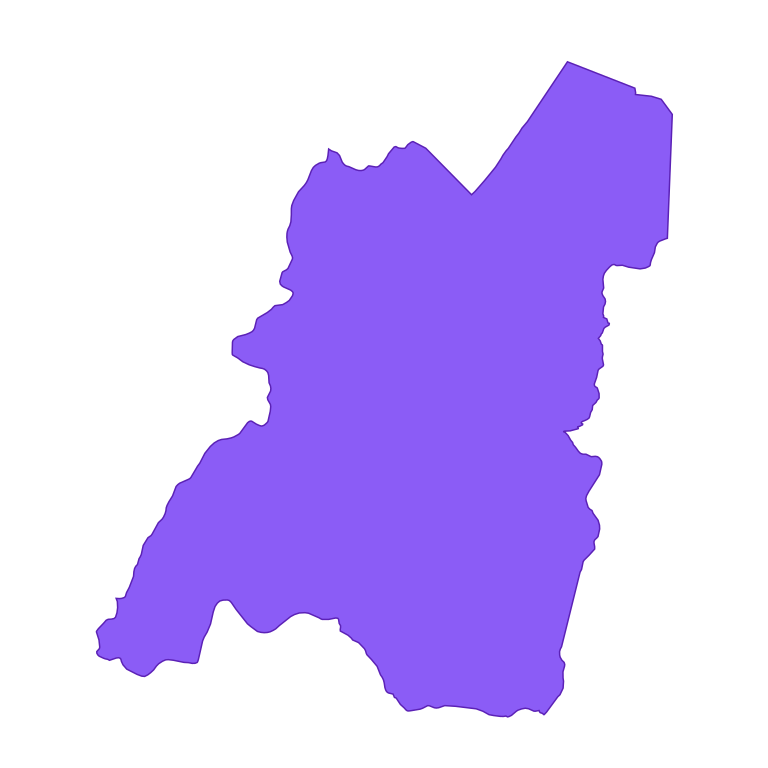 outline of Sulaco, Yoro, Honduras, rotated 92°
{"feature_id": "27666195B65323297642251", "entity_name": "Sulaco", "entity_type": "district", "adm_level": 2, "iso_a3": "HND", "parent_name": "Honduras", "parent_adm1": "Yoro", "projection": "orthographic", "projection_center": [-87.263, 14.959], "detail": "fine", "context": "isolated", "style": "filled", "palette": "violet", "viewbox_px": 768, "rotation_deg": 92, "n_neighbors": 0, "source": "geoboundaries", "source_scale": "gbopen_adm2", "svg_char_len": 6164}
<svg xmlns="http://www.w3.org/2000/svg" viewBox="0 0 768 768"><g transform="rotate(92 384 384)"><path d="M607.6,644.2L610.7,642.9L616.8,642.4L622.0,642.9L626.5,644.2L627.8,645.6L628.5,648.3L628.8,651.5L629.8,653.4L632.9,655.9L638.5,660.9L641.2,662.7L641.9,662.7L649.8,659.9L656.9,658.9L658.4,659.2L661.4,661.7L663.0,661.6L664.7,660.6L666.0,659.1L667.8,654.8L668.4,653.0L668.8,650.5L669.7,648.7L667.2,642.0L666.8,639.7L667.2,638.3L668.1,637.4L670.5,636.7L673.8,635.0L677.9,631.2L682.8,620.7L684.4,616.0L684.6,613.0L682.9,609.9L680.6,607.1L677.7,604.2L673.8,601.6L671.4,599.4L668.8,595.7L667.3,592.6L667.0,590.0L667.4,585.0L669.2,574.2L669.3,569.5L669.9,566.0L669.7,563.0L668.8,561.0L667.9,560.5L665.9,559.9L647.1,556.3L643.3,554.9L638.1,552.1L629.9,549.0L617.8,546.7L612.3,545.1L608.8,542.9L606.6,540.5L605.6,537.3L605.3,533.0L605.8,531.0L607.6,529.0L614.5,523.9L628.4,512.1L631.0,508.7L635.7,501.9L636.5,498.3L636.7,495.1L636.4,492.0L635.6,489.1L634.1,486.2L632.5,483.7L629.0,480.1L619.7,469.2L617.5,465.4L615.8,460.7L615.3,455.0L615.7,451.4L619.9,440.8L621.1,438.6L621.4,437.5L621.2,431.2L619.5,423.9L619.8,421.9L620.8,421.2L624.9,420.4L627.0,419.0L628.5,418.9L630.9,419.2L632.4,419.0L636.3,411.2L639.1,407.8L640.9,406.4L643.3,400.4L649.2,394.3L651.1,393.2L654.1,392.2L655.3,391.5L659.6,387.1L666.4,381.0L674.7,377.4L677.3,375.5L679.8,374.2L682.5,373.4L687.3,372.5L689.6,371.7L691.0,370.9L692.0,369.9L692.6,368.8L693.6,364.1L696.9,362.6L697.2,361.3L697.8,360.6L703.7,356.4L707.0,352.5L709.0,350.6L709.8,349.3L709.9,347.9L709.5,345.4L707.7,336.6L706.7,334.1L703.9,329.1L704.0,327.4L705.8,322.4L706.0,320.4L705.6,318.0L703.3,312.1L703.6,301.3L705.4,280.5L707.6,273.7L710.8,267.5L711.5,262.8L712.1,256.4L712.1,253.2L711.6,250.6L712.4,248.8L711.9,247.3L710.7,245.0L706.4,240.3L705.3,238.7L703.9,235.1L703.1,231.5L703.5,228.2L705.7,222.8L705.7,221.2L704.9,217.6L706.2,217.1L707.0,216.4L707.6,214.3L708.9,212.6L708.5,212.1L706.2,210.1L690.5,199.4L688.4,197.3L681.7,194.4L674.7,194.2L671.6,194.8L665.4,195.1L659.6,193.7L657.9,193.6L655.9,194.3L653.8,196.6L650.9,198.4L648.7,199.0L645.3,199.2L642.7,198.5L640.4,197.4L565.2,181.5L562.4,180.1L554.7,178.8L553.1,177.9L548.0,173.1L541.6,167.7L539.2,167.8L535.4,168.6L534.0,168.6L532.3,167.9L530.6,166.1L529.0,164.8L521.4,163.4L517.6,163.7L512.7,165.3L506.0,170.5L503.2,171.7L501.8,174.1L500.1,175.7L493.7,177.9L491.4,178.3L488.6,177.7L484.1,175.5L467.2,165.5L456.7,163.5L455.0,163.6L453.6,163.9L450.9,165.8L449.8,167.1L449.2,168.2L448.9,170.2L449.4,174.4L447.1,179.7L447.2,182.8L446.7,184.6L446.1,185.7L444.3,187.5L440.5,190.4L438.1,192.7L435.8,193.5L433.7,195.4L429.1,198.2L426.0,201.3L425.6,202.5L425.3,202.7L425.0,202.5L424.8,201.5L424.3,196.2L422.0,188.7L421.8,188.3L421.3,188.3L420.4,189.0L420.0,188.9L419.4,186.9L417.9,184.2L417.1,184.0L416.4,185.3L415.8,185.5L415.3,185.4L414.4,184.2L413.6,182.2L412.3,179.7L411.0,178.0L409.6,177.4L405.2,176.5L402.4,175.0L398.2,174.7L395.0,171.5L392.6,170.3L391.4,169.0L390.4,168.5L386.1,168.7L381.1,170.5L380.2,171.0L379.4,172.6L378.8,173.3L377.8,173.7L376.6,173.8L369.9,171.7L362.8,170.5L361.5,169.6L358.7,165.9L357.8,165.4L357.0,165.3L351.1,166.7L349.5,166.7L346.5,166.1L343.8,166.8L337.8,167.0L337.3,167.2L336.6,168.2L333.4,169.4L330.9,171.4L328.1,169.1L326.6,168.7L325.3,167.6L320.8,166.2L319.4,164.8L317.3,161.3L316.0,160.9L315.5,161.0L315.1,162.3L311.2,163.6L309.8,167.0L308.4,166.8L306.2,167.7L299.3,167.3L296.4,165.9L293.9,165.5L291.3,166.0L287.8,168.5L285.5,169.4L284.0,169.2L280.4,167.8L271.8,168.9L268.3,168.5L265.6,167.6L262.7,165.7L259.0,162.5L257.2,160.5L256.6,159.1L256.6,157.7L257.4,156.2L257.5,155.2L257.0,149.9L258.7,143.6L260.0,132.1L259.0,126.9L257.5,123.8L256.6,122.5L255.8,122.1L253.5,121.9L250.4,121.1L243.3,118.3L237.5,117.6L233.7,115.8L232.6,114.9L231.6,113.5L229.1,107.7L228.5,105.9L104.5,105.3L89.8,116.9L87.1,126.8L85.9,142.8L84.0,142.7L79.6,143.6L55.6,211.9L116.9,249.9L123.4,255.0L128.5,257.9L132.5,260.8L144.2,268.0L146.7,270.1L151.2,273.1L155.1,275.1L163.4,280.1L177.2,290.6L188.5,299.8L191.8,303.1L146.9,350.5L140.8,363.2L140.8,363.9L141.4,365.3L143.9,368.5L147.3,370.9L147.7,371.4L147.9,374.1L147.7,377.1L147.4,378.3L146.3,380.4L146.8,382.1L153.7,387.5L156.6,388.8L162.8,392.7L164.6,395.0L165.8,395.9L166.8,397.2L167.3,398.4L167.4,400.0L166.6,405.8L166.6,407.1L170.3,410.9L171.0,412.1L171.5,414.3L171.5,416.8L170.9,419.5L168.0,426.7L167.5,429.1L166.8,430.5L165.5,432.0L163.7,433.5L157.2,436.4L154.6,439.0L152.8,444.7L151.1,447.5L157.8,448.0L160.8,448.5L162.9,449.2L164.2,450.6L165.0,454.9L165.6,456.5L167.9,460.1L170.0,462.2L173.3,464.0L182.5,467.2L185.4,468.6L188.4,470.6L194.8,476.1L203.8,480.7L208.9,482.4L212.0,482.7L218.2,482.5L225.1,482.7L229.1,483.7L232.6,485.3L234.8,485.9L236.9,486.2L240.7,486.2L245.6,485.6L255.4,482.4L259.3,480.3L261.0,479.8L262.3,479.9L271.9,484.0L273.3,485.5L275.3,489.0L276.2,489.7L285.0,491.8L287.8,491.1L289.5,489.4L290.5,487.8L293.4,480.6L294.8,478.8L295.6,478.2L296.7,478.0L298.9,478.5L303.8,481.6L306.0,484.4L308.2,488.0L309.5,495.7L311.0,497.3L313.3,499.1L316.7,503.2L322.6,512.5L324.2,513.5L332.8,515.3L334.9,516.4L336.3,517.7L337.8,520.3L339.4,523.9L341.7,531.8L344.7,535.6L345.9,536.5L347.4,536.9L358.1,536.8L359.8,536.6L360.5,536.0L363.0,531.2L366.7,525.9L369.5,519.4L371.1,513.9L372.3,508.7L372.7,506.0L373.4,503.9L374.9,501.9L376.6,500.5L379.5,499.6L386.8,498.9L389.9,497.4L392.6,496.9L395.0,497.1L401.5,500.1L403.8,499.6L408.4,496.8L410.6,496.4L415.2,496.7L425.6,498.7L427.0,499.8L429.2,502.1L430.0,503.7L430.3,505.2L429.8,507.1L428.6,510.1L425.8,514.9L425.7,516.0L426.1,517.3L427.5,519.0L438.4,526.4L439.6,527.9L442.1,532.1L443.2,534.8L444.3,539.0L445.1,544.4L446.3,547.7L448.8,551.6L452.5,555.4L459.5,560.6L469.5,565.3L472.7,567.5L484.3,573.8L485.4,574.9L486.2,576.3L490.3,584.8L491.8,586.6L493.7,588.2L503.2,591.4L509.3,594.9L513.0,596.6L515.3,597.3L518.1,597.5L521.1,598.2L524.7,599.7L526.9,601.1L530.4,604.6L542.1,610.5L543.6,611.5L545.8,614.5L553.7,619.0L562.8,620.6L565.2,621.6L567.1,622.7L573.0,624.1L574.8,625.7L577.0,626.8L580.3,627.4L585.0,627.6L596.0,631.4L601.4,634.0L605.5,635.1L606.6,636.4L607.4,638.7L607.7,640.9L607.6,644.2Z" fill="#8b5cf6" stroke="#5b21b6" stroke-width="1.5"/></g></svg>